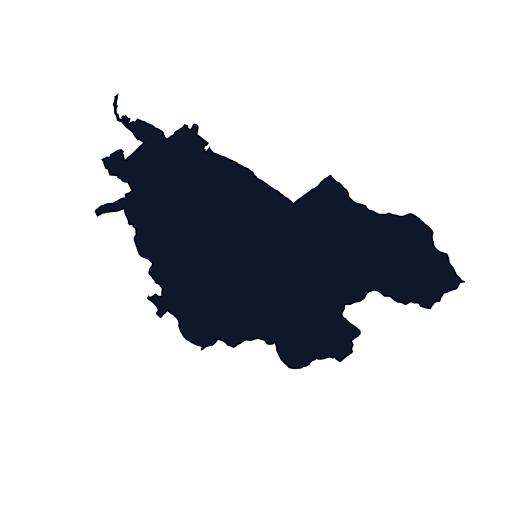 the district of Sanmihaiu Almasului, Salaj, Romania, rotated 207°
{"feature_id": "2599482B86867207521382", "entity_name": "Sanmihaiu Almasului", "entity_type": "district", "adm_level": 2, "iso_a3": "ROU", "parent_name": "Romania", "parent_adm1": "Salaj", "projection": "mercator", "projection_center": [23.232, 47.041], "detail": "fine", "context": "isolated", "style": "filled", "palette": "ink", "viewbox_px": 512, "rotation_deg": 207, "n_neighbors": 0, "source": "geoboundaries", "source_scale": "gbopen_adm2", "svg_char_len": 6125}
<svg xmlns="http://www.w3.org/2000/svg" viewBox="0 0 512 512"><g transform="rotate(207 256 256)"><path d="M226.4,361.4L227.9,358.2L229.2,356.4L231.3,351.7L232.2,346.5L234.9,341.7L236.1,341.0L237.1,338.2L243.2,326.3L244.3,324.6L246.2,319.2L248.7,320.4L250.9,320.6L253.5,321.5L257.7,321.5L259.7,322.2L263.2,322.6L266.0,323.7L269.4,323.3L285.6,325.7L287.0,325.4L290.2,325.6L292.2,326.6L294.7,327.1L296.1,328.5L297.7,329.2L300.3,329.1L302.6,330.0L307.4,329.4L309.0,329.9L311.8,329.8L313.3,329.4L315.8,330.3L325.1,329.7L327.9,329.9L334.0,328.9L337.1,329.0L340.7,328.3L345.3,330.1L346.5,331.3L347.3,326.6L348.0,326.6L348.2,325.8L350.0,326.0L349.8,327.4L352.0,327.9L351.3,332.6L350.3,332.4L350.1,334.8L364.0,337.3L366.1,344.2L367.3,345.5L368.7,345.7L370.3,345.5L371.0,344.6L371.2,340.6L371.4,339.5L372.0,338.7L373.4,338.5L374.4,338.7L375.9,339.6L375.8,340.5L376.0,340.7L379.0,340.4L379.2,339.7L379.1,337.6L379.8,337.2L379.8,336.4L381.0,335.2L382.0,332.8L384.1,329.9L384.2,329.1L383.8,327.8L384.4,325.7L386.1,324.2L386.4,322.7L388.2,319.7L389.1,318.9L389.6,319.9L391.1,320.1L392.8,321.8L393.2,321.7L394.4,323.4L396.3,324.3L401.4,324.6L404.0,324.1L407.6,325.1L414.0,324.5L415.5,324.9L417.3,324.7L418.4,324.2L423.6,324.1L424.3,319.8L426.4,320.1L426.9,319.2L428.0,318.2L428.0,316.6L427.6,315.9L426.0,314.6L426.7,313.9L426.9,314.9L427.8,315.7L430.7,316.7L431.9,317.5L434.3,318.1L434.3,319.0L430.6,318.1L430.2,318.7L430.6,319.2L430.8,320.8L432.6,320.3L434.0,320.8L434.9,320.4L435.4,320.7L435.3,321.5L435.8,321.6L436.2,320.4L437.8,320.3L438.2,319.9L438.3,318.8L437.7,318.0L436.5,317.4L432.7,316.5L430.9,314.9L428.5,314.0L428.3,313.4L431.5,314.6L433.0,315.7L434.5,316.0L437.4,316.4L440.3,315.9L443.5,319.4L443.8,319.0L444.5,318.9L446.4,320.9L446.4,321.5L447.5,323.2L447.9,325.3L447.9,326.4L448.3,326.9L449.4,327.0L449.9,327.6L450.0,328.9L450.9,330.5L451.1,332.4L452.4,336.5L453.3,334.4L453.8,333.9L453.3,333.4L452.0,330.0L451.8,326.5L449.5,324.4L446.5,319.2L444.1,317.8L440.9,314.2L436.4,314.7L433.5,313.6L431.6,312.4L422.1,310.6L419.8,308.9L417.4,307.5L415.5,307.0L414.3,306.0L413.3,307.1L408.8,306.5L407.2,305.7L412.7,289.7L413.8,287.2L414.7,285.9L415.2,282.4L416.6,281.8L417.0,282.0L419.3,284.1L419.6,284.6L419.5,285.1L422.1,287.2L421.8,288.6L424.5,289.3L426.6,287.5L431.4,280.2L430.1,279.0L431.5,277.2L433.7,276.2L434.3,275.0L435.5,273.8L436.7,272.0L434.3,271.0L433.0,269.2L429.7,266.1L428.9,266.1L428.0,266.7L426.8,265.9L422.8,262.1L417.6,264.3L415.1,264.9L414.8,264.9L414.7,263.4L411.5,263.5L408.6,262.3L407.3,262.3L403.6,263.7L395.8,258.0L396.6,256.7L396.6,255.6L400.0,252.0L399.9,250.8L398.5,250.0L398.9,247.8L400.3,247.4L402.2,245.5L404.3,242.0L405.5,240.8L406.7,238.6L407.7,237.5L411.6,235.4L416.8,229.7L417.8,227.7L417.8,226.6L419.1,224.8L419.4,223.0L415.4,219.9L412.1,225.0L410.8,225.6L409.7,226.9L399.7,233.5L394.9,238.8L392.8,235.8L390.7,233.7L385.0,229.2L384.3,229.1L384.8,228.5L384.8,227.8L383.0,226.7L380.2,228.4L379.2,227.8L379.0,226.7L376.1,226.2L375.2,225.1L374.4,225.4L373.8,222.8L372.2,220.9L372.7,217.5L371.6,215.1L360.8,204.8L359.0,204.1L357.0,203.9L350.3,204.5L346.4,203.2L344.4,203.1L344.6,202.0L344.0,200.5L344.7,196.2L343.9,192.9L342.6,191.5L339.5,190.7L337.5,189.2L335.3,189.0L333.7,186.9L332.8,186.7L330.4,187.1L328.4,186.8L327.3,185.8L326.4,185.7L324.6,184.6L323.7,182.0L321.6,177.7L321.7,177.4L322.1,176.9L324.6,175.5L326.9,176.1L328.5,176.0L329.1,174.3L330.2,172.3L330.4,171.1L331.3,171.2L331.6,170.6L333.3,171.2L333.3,169.1L327.1,168.2L321.8,166.3L318.1,163.5L318.6,159.9L318.4,159.5L313.6,158.1L312.6,159.1L312.8,160.9L311.9,163.1L311.1,164.1L310.8,166.0L310.1,167.4L304.3,166.2L303.0,166.4L300.3,165.4L300.0,165.8L296.5,164.0L294.9,162.7L293.8,161.0L292.9,158.7L288.9,154.9L283.6,151.5L279.6,150.2L276.6,150.3L273.5,149.8L267.0,150.1L265.0,150.8L263.5,150.7L261.7,150.0L262.3,148.7L261.9,148.0L261.5,148.3L261.4,149.1L260.9,149.5L260.5,151.0L259.6,152.5L255.5,156.5L254.6,156.8L252.9,160.7L252.8,162.4L252.3,164.3L251.5,164.9L246.7,165.5L243.5,165.2L241.0,163.9L237.2,164.6L234.7,164.5L233.1,166.9L232.7,168.8L230.5,171.0L229.3,173.7L227.0,176.8L223.5,178.1L221.4,179.4L218.6,182.4L216.5,183.8L210.2,185.0L206.1,183.0L204.8,183.3L202.2,184.6L201.1,185.6L200.0,187.4L199.2,187.3L197.1,185.3L194.6,181.6L193.8,181.1L193.5,180.5L186.2,175.1L185.0,175.0L182.0,173.6L179.2,173.2L175.8,171.7L170.9,173.2L165.2,176.7L163.5,179.3L161.4,181.0L160.5,182.2L159.7,183.8L159.5,186.1L158.8,187.8L156.6,190.5L155.5,192.9L153.9,192.5L151.8,193.4L148.6,195.8L147.7,197.0L144.3,199.7L143.4,200.1L141.2,200.2L141.2,201.4L140.6,201.7L138.0,200.7L133.4,200.3L132.1,202.5L129.9,208.2L127.1,213.1L126.9,213.9L126.9,214.5L129.0,216.8L129.3,220.8L131.7,222.8L132.9,223.4L130.3,228.9L128.7,231.3L128.1,233.8L128.3,234.5L129.2,236.0L130.1,236.6L136.3,238.0L141.8,238.5L143.9,239.3L146.2,239.6L147.6,240.7L149.6,240.4L152.5,242.0L153.1,242.9L153.6,244.6L153.5,248.9L155.0,252.8L153.4,254.2L150.1,255.9L147.1,259.8L143.0,262.8L140.5,267.7L140.6,271.6L140.3,273.3L139.6,274.5L139.7,275.5L137.1,277.5L136.3,278.7L135.1,279.5L131.9,280.2L129.6,280.3L123.2,278.7L118.3,281.1L112.5,279.5L110.1,279.7L108.6,279.4L106.8,280.4L104.0,280.9L101.2,280.6L100.7,280.9L97.3,285.8L93.7,286.2L89.9,288.2L86.5,286.2L81.5,286.9L76.8,288.4L77.0,291.0L76.3,293.5L76.3,294.9L75.9,295.7L75.1,297.0L72.0,299.0L72.6,303.3L72.3,304.4L72.2,307.1L72.6,307.5L69.4,310.6L66.0,314.8L63.1,317.4L62.3,319.2L62.7,322.1L62.0,325.4L59.7,327.1L58.2,327.7L61.6,327.2L65.7,329.3L68.6,329.8L75.1,334.9L76.5,335.3L80.8,337.6L82.2,339.3L83.3,341.2L86.8,344.2L94.6,342.9L100.0,344.4L101.9,345.5L103.2,347.0L104.0,348.7L105.8,349.7L106.5,351.1L107.9,352.7L109.2,357.1L110.3,358.2L116.2,360.5L120.3,360.9L123.2,362.0L125.6,362.2L127.8,363.4L134.9,364.0L136.9,363.8L138.0,363.4L142.7,358.1L144.7,357.1L145.3,356.4L149.0,356.0L151.8,355.1L152.0,354.7L157.1,354.4L158.6,352.1L165.4,348.8L172.2,348.9L176.0,347.9L179.1,348.7L180.5,349.9L181.5,350.2L186.7,349.5L189.6,348.6L192.7,348.4L194.9,348.9L201.2,351.0L201.5,352.1L202.7,354.0L205.5,355.9L208.8,356.3L215.1,358.9L217.9,358.4L224.7,360.8L226.0,361.6L226.4,361.4Z" fill="#0f172a" stroke="#020617" stroke-width="1.5"/></g></svg>